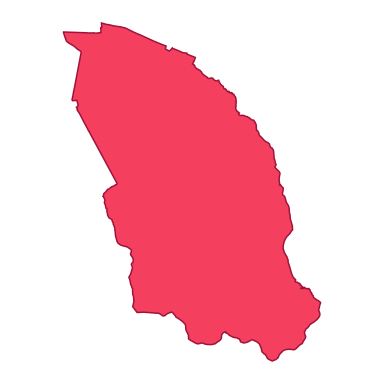 Vama, Satu Mare, Romania (Albers equal-area conic projection)
{"feature_id": "2599482B96492701806769", "entity_name": "Vama", "entity_type": "district", "adm_level": 2, "iso_a3": "ROU", "parent_name": "Romania", "parent_adm1": "Satu Mare", "projection": "albers", "projection_center": [23.428, 47.811], "detail": "fine", "context": "isolated", "style": "filled", "palette": "rose", "viewbox_px": 384, "rotation_deg": 0, "n_neighbors": 0, "source": "geoboundaries", "source_scale": "gbopen_adm2", "svg_char_len": 5962}
<svg xmlns="http://www.w3.org/2000/svg" viewBox="0 0 384 384"><path d="M133.7,300.1L134.1,300.4L132.7,306.7L137.1,312.5L143.3,312.2L149.2,312.6L159.2,313.4L163.0,316.0L165.1,315.6L166.2,314.4L167.9,313.4L171.2,312.2L171.8,312.1L172.4,312.4L175.4,315.9L175.8,316.9L179.4,319.2L181.8,321.0L183.1,322.1L185.3,324.4L185.6,325.9L185.9,329.6L186.5,331.1L186.5,331.4L187.2,332.5L188.4,335.0L188.6,339.0L189.6,339.6L190.8,340.6L192.1,341.1L193.6,342.1L196.6,343.6L197.3,343.8L198.6,343.8L202.0,342.9L205.1,344.1L207.4,344.5L210.4,344.6L211.6,344.6L215.0,343.8L215.6,343.5L216.4,342.7L219.2,340.9L220.3,340.0L221.0,339.0L221.4,338.1L221.6,335.4L222.0,334.2L222.5,333.5L223.1,333.0L225.0,331.8L225.6,331.7L225.8,332.0L225.8,332.7L225.9,333.0L227.0,333.3L227.8,333.7L229.3,335.3L232.7,337.0L234.6,337.6L237.0,337.8L238.3,338.8L238.8,338.9L239.4,338.8L240.0,340.0L240.5,341.8L243.4,342.9L244.5,342.9L246.7,342.4L248.4,341.7L251.1,340.1L252.0,339.7L256.7,341.7L258.2,342.9L259.6,344.3L261.3,348.6L261.6,350.6L262.2,352.1L264.3,354.0L265.2,354.3L265.5,355.0L266.3,356.0L267.2,358.0L268.1,359.0L272.2,361.0L275.4,359.8L277.9,357.9L278.2,357.5L279.1,355.1L279.9,354.0L283.2,350.7L284.8,349.9L287.7,349.3L290.5,349.3L293.7,349.8L294.7,349.5L295.9,348.8L299.7,345.0L302.3,343.5L302.6,342.7L303.9,340.3L305.0,338.8L305.7,336.9L305.7,336.4L305.0,334.8L304.7,333.9L304.5,332.7L304.6,331.3L305.2,330.8L305.6,329.5L306.5,328.5L307.6,327.8L308.7,326.5L309.2,325.5L309.8,324.7L311.5,323.5L314.1,321.9L317.0,319.5L318.5,317.8L319.7,315.8L319.9,314.1L319.8,313.4L319.3,311.6L318.6,310.2L319.4,307.2L319.7,305.3L320.2,303.9L320.6,302.9L320.2,302.2L319.4,301.4L317.0,300.0L313.8,297.7L313.5,297.2L313.1,295.6L312.7,295.4L312.5,295.0L312.0,294.6L311.9,293.5L311.5,293.3L311.3,292.5L310.4,291.4L310.1,290.5L310.1,289.9L309.7,289.6L308.8,288.5L307.4,288.8L306.8,288.5L305.9,288.7L305.2,288.2L305.0,287.7L304.8,287.4L303.1,288.6L301.5,288.6L300.9,288.2L302.1,287.6L302.3,287.3L302.8,287.0L301.6,286.1L301.3,285.4L300.9,285.0L300.0,284.8L300.1,284.0L299.5,283.3L297.8,282.8L297.2,282.1L296.1,282.3L295.6,282.0L295.1,281.2L295.6,280.4L295.7,280.1L295.6,279.7L295.3,279.2L294.4,278.7L293.4,277.4L292.5,275.8L291.7,273.8L290.9,271.2L289.6,266.5L288.1,262.0L288.1,260.0L287.2,257.9L286.9,256.7L285.4,254.4L284.1,251.8L283.1,248.2L283.3,245.2L284.1,241.8L285.4,238.8L286.9,236.6L290.1,233.3L290.4,232.7L291.5,231.0L292.5,230.0L292.6,229.4L292.3,225.7L290.4,219.2L289.9,214.2L289.4,212.6L289.3,209.6L289.1,208.1L288.5,205.8L286.4,202.4L285.0,197.3L284.3,196.1L283.0,195.1L282.6,194.5L282.5,193.7L282.5,192.8L282.9,191.4L283.2,189.2L283.2,188.0L281.2,185.9L280.5,184.7L280.2,184.7L279.9,185.3L279.7,185.2L279.5,184.7L279.7,184.0L279.2,180.6L279.1,179.0L279.4,176.6L280.0,173.6L279.9,173.0L279.7,172.5L278.7,171.1L276.0,168.5L274.8,167.1L274.8,166.7L276.0,165.2L276.1,164.8L275.2,162.2L274.8,160.0L274.2,158.6L273.5,150.4L272.2,148.2L270.5,147.1L269.8,145.6L269.6,144.2L269.4,143.9L267.8,142.5L265.8,141.7L263.9,140.0L260.8,136.6L259.5,135.6L258.9,133.8L258.9,133.3L257.8,131.1L256.6,130.3L256.6,129.3L256.2,128.0L256.4,127.1L256.1,124.4L255.6,123.6L255.5,123.2L255.3,122.9L255.2,122.4L254.6,121.6L253.7,120.2L252.5,120.1L251.4,119.5L249.7,118.3L249.2,117.6L248.6,117.7L247.3,116.6L245.9,116.5L244.0,115.5L243.2,115.5L241.6,115.2L240.8,115.6L239.2,115.1L238.9,114.6L238.9,114.0L239.4,113.1L238.5,112.7L238.6,112.3L237.1,111.2L236.1,109.8L235.6,107.3L236.1,106.3L235.9,104.9L236.1,103.7L236.1,102.5L236.2,101.1L235.7,97.4L234.2,95.3L233.9,94.4L232.7,94.0L232.5,93.3L231.8,93.5L231.7,92.9L231.5,92.6L231.1,92.5L229.9,92.8L229.6,92.6L229.0,91.4L228.5,91.3L227.9,91.8L226.4,90.2L226.0,89.4L225.5,88.9L224.5,89.0L224.0,88.8L223.8,88.0L223.4,87.5L223.3,86.6L222.6,85.8L221.9,85.5L221.1,84.9L220.9,84.4L220.2,83.6L218.9,81.1L218.7,80.3L218.3,80.2L217.3,80.8L216.2,80.9L214.8,80.4L213.4,79.2L212.9,78.3L212.5,78.1L210.9,78.0L209.3,78.5L207.9,78.2L207.0,77.1L204.8,75.7L202.4,73.7L201.3,71.8L200.4,70.7L198.0,69.2L196.6,68.7L196.0,68.0L194.7,66.4L194.6,65.3L193.9,64.8L192.5,64.0L193.9,61.5L194.5,60.1L195.3,57.5L187.1,54.2L186.9,53.1L184.3,52.9L181.7,52.3L180.8,51.7L172.8,48.4L172.3,47.9L170.5,50.1L169.4,51.0L166.2,49.5L165.4,48.6L166.1,46.0L162.5,44.7L153.0,40.8L139.4,34.5L138.7,34.5L138.2,34.1L133.4,32.0L125.7,28.1L120.7,26.9L114.0,25.9L108.8,24.7L106.9,24.5L101.5,23.0L101.7,27.6L100.8,27.7L100.9,32.6L95.7,33.2L94.2,32.9L87.8,33.0L87.2,32.8L63.5,32.0L63.4,32.3L65.1,37.5L66.3,40.8L67.0,41.7L68.7,43.0L74.1,46.2L77.2,49.0L80.7,51.3L81.0,51.8L81.1,52.7L74.6,86.9L73.7,91.1L73.8,91.6L73.5,91.9L73.1,94.7L72.0,99.9L72.6,100.7L76.8,100.4L78.2,105.3L77.7,106.2L76.4,107.3L76.9,107.8L77.0,108.2L77.5,108.7L77.1,109.5L77.3,109.8L77.4,110.4L77.8,111.0L78.3,111.6L78.5,112.1L79.0,112.6L79.1,113.0L79.9,114.2L83.6,121.5L87.4,128.5L87.8,129.4L88.8,131.3L89.0,131.3L90.1,133.5L117.1,183.5L116.9,184.1L116.4,184.7L115.9,184.6L113.3,186.3L112.9,186.3L112.6,186.6L112.0,186.6L110.8,187.4L108.8,189.1L107.7,189.3L105.6,192.0L103.9,193.5L103.4,195.2L103.5,195.8L103.0,196.5L103.4,196.6L103.9,197.5L104.2,198.4L104.8,199.3L104.9,200.5L104.5,201.8L104.4,202.6L104.5,203.3L105.4,205.1L105.6,206.4L106.1,208.5L106.7,208.8L106.9,209.2L107.0,212.4L107.4,213.0L107.6,215.1L108.2,216.4L109.1,217.9L110.2,218.6L111.5,219.3L111.9,219.6L112.3,221.4L113.2,222.9L113.2,224.2L113.6,224.7L114.3,226.8L114.6,227.3L115.2,232.3L115.5,235.8L117.1,241.6L118.2,243.4L120.6,245.0L123.4,246.0L124.6,246.2L125.5,246.6L126.4,246.5L127.9,247.4L130.6,249.3L131.3,250.2L131.4,250.7L131.3,251.9L131.0,252.6L130.6,253.3L130.5,253.8L130.6,254.6L130.9,255.2L131.8,256.4L132.8,258.1L133.1,258.9L133.2,261.5L133.0,262.1L132.0,263.0L131.4,264.1L131.4,264.6L132.4,267.2L132.3,268.3L130.9,273.2L130.1,275.1L129.1,276.7L128.9,277.3L130.1,280.7L130.5,283.6L130.8,284.6L131.5,286.0L132.1,288.0L132.5,288.7L132.6,289.6L132.5,290.9L132.8,294.1L133.0,295.2L133.3,296.0L133.5,296.9L133.7,297.8L133.7,300.1Z" fill="#f43f5e" stroke="#9f1239" stroke-width="1.5"/></svg>